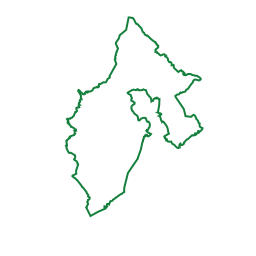 Ejutla, Jalisco, Mexico, rotated 304°
{"feature_id": "50627088B36966342842371", "entity_name": "Ejutla", "entity_type": "district", "adm_level": 2, "iso_a3": "MEX", "parent_name": "Mexico", "parent_adm1": "Jalisco", "projection": "mercator", "projection_center": [-104.07, 19.901], "detail": "fine", "context": "isolated", "style": "outline", "palette": "green", "viewbox_px": 256, "rotation_deg": 304, "n_neighbors": 0, "source": "geoboundaries", "source_scale": "gbopen_adm2", "svg_char_len": 5880}
<svg xmlns="http://www.w3.org/2000/svg" viewBox="0 0 256 256"><g transform="rotate(304 128 128)"><path d="M220.0,66.7L208.3,71.6L200.4,69.3L199.8,69.3L199.1,69.8L196.9,70.3L191.8,70.3L190.8,71.1L189.7,73.1L189.0,73.8L188.6,75.1L185.5,75.9L185.2,75.7L184.2,76.3L183.2,76.3L181.7,77.0L181.5,77.3L180.9,77.2L180.1,77.6L179.5,77.7L178.8,78.7L178.0,79.0L177.6,78.7L177.1,79.0L174.6,82.5L160.7,83.7L159.7,84.7L157.4,83.7L153.6,84.1L152.5,82.8L152.2,82.1L149.0,80.5L148.5,79.5L147.7,79.5L146.2,80.7L145.6,80.7L144.8,80.3L145.0,79.5L143.5,78.6L143.1,78.0L141.5,77.2L139.3,77.5L138.7,77.1L137.6,76.7L135.8,74.8L135.0,74.7L135.0,74.4L134.4,74.1L134.6,73.4L135.1,73.4L134.6,72.9L132.6,72.6L132.1,73.2L131.2,72.7L130.8,71.1L131.3,70.0L131.3,68.8L132.0,66.5L131.9,65.8L131.1,65.8L130.7,66.1L129.9,68.3L128.7,70.5L128.2,71.2L126.7,71.9L126.3,73.1L125.6,73.5L125.3,73.0L124.2,72.5L122.8,73.7L121.8,73.2L120.4,74.2L120.3,74.6L120.0,74.0L118.9,74.6L118.0,76.0L117.5,75.7L116.7,74.5L115.8,74.0L115.4,74.5L114.4,74.9L114.0,75.8L113.5,76.2L112.2,76.0L111.8,75.4L107.2,76.3L106.5,75.9L105.3,75.8L104.2,75.0L103.5,75.0L103.1,74.1L102.0,73.7L101.7,72.5L101.3,72.4L100.9,73.4L101.1,74.1L100.5,74.5L100.2,74.3L99.7,74.4L99.9,75.1L99.8,75.3L99.0,74.8L98.2,75.5L98.5,77.2L98.0,77.5L97.8,79.3L97.1,79.9L97.6,81.7L97.6,83.5L97.2,84.3L97.6,85.7L97.0,85.9L96.7,86.4L95.7,85.4L95.6,85.9L93.7,86.7L93.7,87.3L92.5,87.2L92.1,87.3L90.3,85.9L89.2,85.3L89.1,85.0L88.6,85.1L88.2,84.6L87.3,84.6L87.1,85.3L84.1,84.2L83.6,84.5L82.7,84.1L80.3,86.5L79.3,87.2L78.8,86.4L78.6,86.4L78.4,87.0L76.5,88.9L75.7,90.2L74.4,92.8L74.6,93.5L75.5,94.4L75.7,99.4L74.4,100.5L73.1,100.9L72.1,100.7L71.8,100.8L71.6,101.2L71.7,103.8L70.9,105.6L70.1,106.1L70.0,107.0L63.7,108.8L61.0,110.7L57.5,108.6L56.8,109.0L56.6,113.3L56.2,115.4L54.2,121.6L53.3,123.2L53.5,124.1L51.6,129.6L51.1,129.9L50.3,132.4L49.0,133.1L48.8,133.8L49.1,134.8L48.8,135.3L47.6,135.8L46.9,135.7L46.1,135.1L45.1,135.5L44.0,135.5L43.7,135.7L43.6,136.2L42.8,137.3L42.2,137.6L41.3,137.4L39.2,138.1L38.8,137.8L34.1,146.1L41.7,150.0L48.6,154.3L49.0,152.8L49.9,152.3L50.6,154.5L51.3,154.6L51.9,153.8L53.3,153.2L54.0,154.0L54.0,155.1L57.4,154.3L58.4,155.4L59.0,155.7L60.2,155.6L61.0,156.2L63.2,156.7L63.7,157.1L67.8,158.5L69.6,159.3L69.9,159.7L71.8,160.1L72.8,160.7L74.9,159.1L77.2,158.0L90.7,153.1L108.2,153.2L108.3,153.0L117.3,150.7L124.2,147.9L125.4,147.9L126.7,147.0L127.9,147.1L128.7,146.4L129.7,146.1L130.0,146.2L130.0,146.6L130.8,147.1L131.3,146.4L132.4,146.6L132.8,147.5L132.2,149.0L132.7,149.7L134.8,150.4L135.9,150.4L135.4,146.7L136.0,144.7L136.7,144.7L136.6,145.1L137.1,145.6L139.6,145.3L139.9,145.1L140.7,145.3L142.4,144.7L143.2,144.1L144.3,142.8L144.7,141.4L144.2,141.0L144.0,140.0L145.9,137.6L146.1,136.9L145.8,136.2L144.7,134.7L142.7,133.5L140.7,133.3L140.3,132.5L140.4,131.9L142.5,130.1L143.3,129.0L143.6,124.8L144.6,122.9L144.7,121.5L146.0,120.2L146.1,119.8L147.8,118.9L149.5,119.0L151.7,119.9L152.6,119.4L152.8,117.6L152.5,115.6L153.5,114.7L154.6,114.7L155.1,114.5L155.7,113.1L156.8,112.0L156.9,111.6L156.5,109.4L157.0,108.0L157.6,108.2L161.6,110.1L162.9,111.1L163.7,113.2L164.2,113.5L164.4,114.0L165.3,114.0L165.6,114.4L165.7,114.9L165.3,115.8L165.9,116.4L166.4,117.6L167.8,118.8L168.6,119.1L168.7,120.1L169.4,121.7L167.0,124.9L166.5,127.1L166.1,127.7L166.0,129.0L165.7,129.9L165.1,130.8L163.1,132.6L164.1,132.9L164.4,133.5L166.3,133.1L167.2,133.8L168.0,133.8L168.3,134.4L168.8,134.5L168.7,135.0L169.2,134.9L169.5,135.6L169.1,137.5L169.5,137.9L164.4,141.1L158.3,143.8L157.9,144.3L157.4,143.9L157.6,145.3L158.3,146.9L158.1,147.9L157.9,148.0L157.4,147.5L155.6,146.9L156.0,147.7L155.3,148.1L154.5,149.5L153.4,150.5L152.0,152.7L152.7,152.7L153.0,154.0L151.6,158.0L150.6,160.0L149.5,161.4L146.9,163.9L146.2,165.1L141.7,162.9L141.1,162.9L140.6,164.4L140.1,164.5L140.0,165.0L140.4,165.2L140.2,165.7L140.3,166.5L139.1,166.7L139.5,167.7L139.1,168.6L139.4,169.3L140.9,171.5L139.7,173.3L139.9,175.5L139.1,179.7L139.5,180.9L140.7,181.7L140.9,181.2L140.8,181.9L141.0,180.9L141.9,180.9L142.3,180.3L143.0,180.1L143.4,180.2L143.6,180.0L144.3,180.2L143.8,180.9L143.2,180.9L143.2,181.3L144.4,182.3L144.4,182.5L145.3,183.0L146.1,183.1L146.3,182.8L147.8,182.8L147.8,182.6L151.3,183.2L152.4,183.9L157.9,185.2L158.0,185.9L158.3,186.4L159.7,186.8L159.6,187.6L160.6,188.1L161.1,186.9L162.1,188.1L163.3,188.3L164.7,187.9L164.9,188.1L164.0,189.3L165.3,189.4L166.2,189.9L168.0,190.2L169.1,190.1L169.6,189.8L169.2,188.0L169.3,186.8L170.2,185.8L171.8,184.9L171.6,184.3L171.7,183.8L173.0,182.2L173.6,180.6L173.6,179.8L174.5,178.8L174.6,178.3L175.4,177.3L175.7,176.2L175.6,175.2L175.1,174.7L172.7,174.1L172.4,173.8L170.0,169.1L174.9,163.7L180.2,150.5L180.6,149.7L181.1,149.3L183.1,150.0L184.4,151.4L186.7,151.6L186.7,152.3L187.2,152.9L188.0,153.1L189.8,154.8L190.5,155.1L192.4,154.9L193.8,155.8L199.8,155.9L201.9,156.2L203.9,155.7L205.4,156.2L206.4,158.0L207.0,160.1L208.4,161.0L209.2,161.0L209.6,160.6L209.8,159.9L209.9,156.3L209.5,155.3L208.9,154.5L208.6,153.1L207.8,151.7L207.9,150.9L207.7,149.7L206.3,147.5L204.8,146.9L204.1,146.3L203.3,144.9L203.3,144.1L203.5,143.8L204.4,145.2L205.0,144.4L204.9,143.8L205.5,142.5L205.1,141.0L205.5,140.8L205.7,140.0L205.1,139.3L202.7,138.5L202.7,137.6L203.5,132.9L203.8,132.2L205.3,130.9L206.4,130.6L205.4,130.4L204.4,129.1L205.3,128.7L206.2,127.6L206.5,126.5L205.7,125.4L205.8,124.8L206.6,123.4L207.8,122.2L208.3,120.8L208.2,118.9L209.2,118.9L208.9,118.3L209.5,117.1L208.9,116.2L206.4,114.5L206.4,113.0L206.8,111.8L206.5,110.1L207.1,109.6L206.5,108.1L207.3,107.9L207.6,107.4L208.2,107.1L208.9,107.1L210.5,107.7L212.1,107.8L212.9,106.2L213.2,106.4L213.5,104.5L214.0,104.2L214.0,103.0L214.6,102.7L214.3,101.4L214.5,97.9L215.5,92.3L215.0,92.1L214.9,89.6L215.9,88.1L215.9,86.8L216.2,86.0L218.1,83.5L219.1,79.1L219.4,78.6L219.3,77.3L219.0,76.7L220.0,74.4L221.2,72.5L221.9,70.6L221.2,68.8L220.0,66.7Z" fill="none" stroke="#15803d" stroke-width="2"/></g></svg>